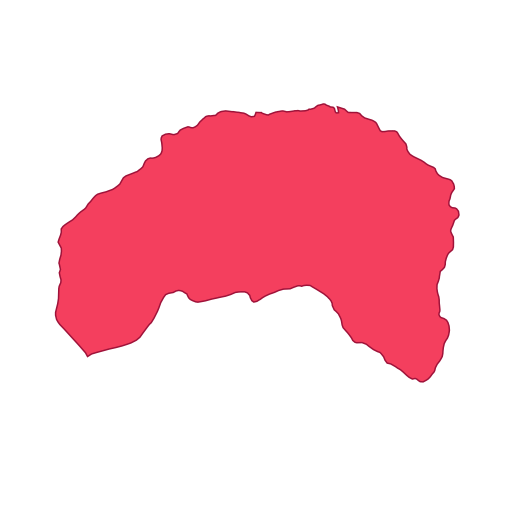 the district of Fatululic, Cova Lima, East Timor, rotated 352°
{"feature_id": "22284137B33809863123080", "entity_name": "Fatululic", "entity_type": "district", "adm_level": 2, "iso_a3": "TLS", "parent_name": "East Timor", "parent_adm1": "Cova Lima", "projection": "mercator", "projection_center": [125.158, -9.205], "detail": "fine", "context": "isolated", "style": "filled", "palette": "rose", "viewbox_px": 512, "rotation_deg": 352, "n_neighbors": 0, "source": "geoboundaries", "source_scale": "gbopen_adm2", "svg_char_len": 6106}
<svg xmlns="http://www.w3.org/2000/svg" viewBox="0 0 512 512"><g transform="rotate(352 256 256)"><path d="M357.4,119.7L357.6,121.0L357.8,123.7L357.7,125.3L357.7,125.6L356.6,125.6L356.0,125.6L355.2,125.3L354.6,124.2L354.4,123.0L354.3,121.7L354.2,120.7L353.3,119.7L353.1,119.5L353.0,119.4L352.1,119.2L350.2,118.7L349.6,118.0L348.8,117.6L348.0,117.1L346.9,116.6L345.9,115.7L345.4,115.2L343.7,114.8L342.2,115.1L340.7,115.3L339.5,115.4L338.7,115.4L337.9,115.6L335.7,116.8L335.4,117.0L334.6,117.6L333.2,117.9L331.0,118.2L330.3,118.3L329.0,118.0L328.7,118.1L327.8,118.7L325.6,119.0L324.2,119.0L322.1,118.8L320.5,118.7L319.5,118.5L318.7,118.1L317.8,117.9L317.2,117.8L315.8,117.8L314.8,117.6L313.2,117.7L308.7,117.7L307.7,117.6L306.6,117.6L305.7,117.2L302.8,116.1L301.1,116.0L299.3,116.1L297.4,116.1L297.0,116.2L295.6,116.2L293.4,116.6L290.2,117.3L289.1,117.5L288.6,117.8L287.9,118.1L286.1,117.6L283.7,116.4L282.0,115.5L281.7,115.2L281.3,114.7L280.3,114.6L276.0,113.8L275.0,115.8L273.9,117.5L270.7,117.5L268.4,116.2L267.0,115.0L266.7,114.8L265.9,114.1L264.6,113.3L263.6,112.8L260.7,112.0L259.1,111.4L257.2,111.0L254.5,110.2L254.1,110.1L253.9,110.0L252.1,109.7L250.3,109.2L246.1,108.1L242.0,108.1L240.7,108.3L237.7,109.4L237.5,109.6L236.6,110.5L235.1,111.2L234.2,111.0L230.5,111.0L229.2,110.7L228.3,110.6L227.7,110.7L227.0,110.7L225.6,111.0L223.7,112.3L222.4,113.0L221.0,114.1L219.5,115.1L218.7,115.8L217.3,117.3L216.2,118.4L214.1,119.5L213.6,119.7L211.4,120.3L210.1,120.0L209.1,119.7L208.6,119.4L207.6,118.9L206.5,118.6L202.2,119.5L200.9,119.9L198.4,120.8L198.2,121.1L197.2,121.9L196.3,122.9L195.4,123.8L191.8,124.4L190.7,124.2L189.4,123.7L188.4,123.3L187.3,122.9L186.4,122.8L183.3,122.8L181.0,123.6L179.8,124.0L178.6,125.9L178.2,127.5L178.4,130.2L178.4,131.8L178.2,135.9L177.7,138.5L176.8,140.4L175.7,141.9L173.7,143.2L171.3,144.1L170.5,144.4L168.3,144.7L166.7,144.7L166.3,144.6L165.0,144.3L162.5,144.7L159.8,146.5L158.3,148.6L157.0,150.9L156.2,152.1L153.9,153.7L152.0,154.7L150.1,155.9L148.3,156.2L146.1,156.8L142.7,157.6L138.4,158.6L135.6,160.1L133.7,162.5L131.2,165.8L128.9,167.3L125.2,169.3L123.0,170.2L118.7,171.1L116.5,171.6L114.6,171.8L111.1,172.2L107.7,172.8L105.6,173.9L103.8,175.3L102.3,176.6L99.8,179.0L97.1,181.1L94.1,184.7L92.4,185.9L88.9,187.7L86.6,189.2L84.7,190.6L83.7,191.5L82.6,192.4L79.4,194.7L76.0,196.2L74.1,197.1L71.3,198.5L69.0,199.9L66.9,202.1L66.5,205.4L65.4,208.1L63.3,211.9L62.0,214.7L64.3,221.1L64.0,224.2L63.0,228.0L61.2,231.9L59.9,235.6L60.1,236.8L60.4,240.8L60.5,242.1L59.3,244.5L58.9,245.2L59.1,248.6L59.2,249.6L59.6,252.5L59.0,255.2L56.9,258.6L56.2,260.8L55.3,266.0L54.5,270.7L53.0,275.7L51.3,279.9L49.7,283.9L49.3,286.8L49.7,291.1L50.8,293.9L52.2,296.5L55.8,301.5L61.4,309.7L68.7,320.4L73.7,328.1L75.2,332.1L79.6,330.1L85.0,329.3L92.0,328.4L97.3,327.7L104.7,327.1L110.7,326.4L115.9,325.5L120.0,324.7L125.8,322.7L129.7,320.3L133.2,316.6L138.8,310.9L141.3,308.5L141.8,308.3L143.0,307.4L146.3,303.4L150.6,297.2L152.5,294.0L155.1,289.0L158.7,284.2L161.1,281.7L164.2,280.8L166.2,280.7L169.0,280.6L172.0,279.5L174.6,279.3L176.6,279.9L177.3,280.2L178.6,280.9L180.1,282.3L182.3,284.0L182.7,285.6L183.5,288.0L184.8,289.8L186.9,291.3L189.9,293.0L192.0,293.6L195.6,293.5L199.8,293.3L206.0,292.5L212.9,292.0L213.0,291.9L213.9,291.9L220.3,291.5L225.4,290.6L230.5,289.2L233.9,289.2L236.1,289.4L239.8,289.9L242.5,291.4L243.6,293.2L244.3,294.0L244.6,296.6L245.7,299.7L247.4,301.3L250.6,301.0L252.8,300.0L254.2,299.5L256.8,298.1L259.7,296.9L264.0,295.6L267.1,295.0L269.5,294.5L271.2,294.0L273.6,293.3L278.5,292.6L285.2,293.2L289.0,292.2L293.4,291.3L295.4,291.6L297.0,292.3L299.1,291.9L302.1,292.0L305.5,292.7L307.1,294.0L307.5,294.4L308.3,295.0L311.7,297.7L317.8,302.8L321.1,306.3L322.3,308.1L322.7,308.5L324.0,310.7L324.8,313.4L324.7,315.8L326.0,320.2L327.6,322.0L329.6,324.8L330.3,326.9L330.8,328.3L331.3,330.0L331.6,332.0L331.7,335.4L331.7,336.1L331.9,337.2L332.3,339.1L334.9,343.1L336.0,344.7L337.3,346.9L339.1,350.3L340.1,353.1L342.0,355.2L343.6,355.9L349.0,356.5L353.1,358.8L355.3,361.2L359.3,365.0L363.1,367.6L365.3,368.7L366.5,370.3L368.4,373.6L369.3,377.2L371.0,380.3L374.4,381.6L378.7,384.9L380.7,386.8L381.9,387.7L383.2,388.7L385.7,391.5L386.9,393.0L388.6,395.1L390.7,397.4L393.7,399.6L396.5,399.4L398.0,400.2L399.6,402.0L401.1,403.3L404.0,403.9L407.0,402.8L407.5,402.6L409.4,401.7L411.7,399.9L414.1,397.4L416.0,395.8L417.0,394.4L418.1,391.6L420.3,388.4L423.2,385.6L425.1,383.3L426.4,381.5L427.4,378.6L427.9,376.1L428.6,373.3L428.8,372.6L430.2,368.9L432.1,366.2L434.1,364.0L435.7,361.2L436.7,358.2L437.2,356.4L437.4,352.2L436.8,348.6L435.7,346.1L433.4,344.1L430.6,342.7L429.6,341.5L429.0,339.5L429.2,338.6L429.4,337.9L430.2,336.6L430.6,335.0L430.8,331.1L430.9,328.1L431.3,324.9L431.3,321.9L430.8,319.0L430.6,316.9L430.6,313.5L431.3,309.5L433.1,306.3L434.4,303.4L434.8,301.7L435.0,301.1L436.3,296.9L438.7,295.4L441.0,293.5L442.2,290.8L442.7,288.0L444.2,284.4L444.7,283.6L445.3,282.5L446.1,281.2L447.5,279.7L451.5,277.1L452.7,274.6L453.4,270.3L453.8,266.7L454.0,264.6L453.3,262.7L452.6,260.4L452.2,258.8L452.5,257.2L453.5,255.4L455.0,253.1L456.5,250.2L457.5,248.2L459.3,247.0L460.8,246.3L461.9,245.2L462.2,244.4L462.7,243.7L462.7,242.1L462.7,239.9L461.2,237.2L460.5,236.7L459.8,236.2L457.0,235.5L455.4,234.3L454.3,232.5L454.3,231.6L454.3,230.7L454.8,228.5L455.4,227.4L455.7,226.9L456.0,226.4L456.9,223.9L457.4,222.5L458.7,220.4L461.8,217.0L461.8,216.7L462.0,214.8L461.7,212.2L460.3,208.8L458.9,207.5L457.3,206.7L455.2,205.8L452.2,204.5L451.2,203.9L448.4,201.5L447.1,199.8L445.9,196.8L445.6,194.6L444.2,193.0L440.5,190.8L438.8,189.7L437.4,188.5L435.6,186.6L432.9,184.3L426.5,180.0L424.9,178.8L422.5,176.6L420.9,173.5L420.2,171.1L420.5,169.3L420.3,167.5L420.0,165.8L417.5,162.1L417.0,161.3L416.6,160.7L415.5,158.8L414.5,156.9L413.4,154.0L412.6,152.6L410.8,151.5L408.4,151.1L404.3,150.6L400.9,150.7L398.1,150.4L396.5,149.3L395.7,147.2L394.5,143.6L393.8,141.5L393.0,140.2L391.2,138.7L389.6,137.6L387.4,136.6L382.8,134.4L380.2,131.9L378.5,129.3L375.9,128.0L372.6,127.5L369.8,127.1L367.3,126.7L366.3,125.6L364.1,122.9L357.4,119.7Z" fill="#f43f5e" stroke="#9f1239" stroke-width="1.5"/></g></svg>